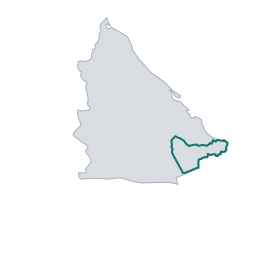 Nicaragua, with Rio San Juan highlighted, rotated 311°
{"feature_id": "NIC-4800", "entity_name": "Rio San Juan", "entity_type": "Department", "adm_level": 1, "iso_a3": "NIC", "parent_name": "Nicaragua", "parent_adm1": "", "projection": "equal_earth", "projection_center": [-84.287, 11.292], "detail": "fine", "context": "in_parent", "style": "outline", "palette": "teal", "viewbox_px": 256, "rotation_deg": 311, "n_neighbors": 0, "source": "natural_earth", "source_scale": "10m", "svg_char_len": 4772}
<svg xmlns="http://www.w3.org/2000/svg" viewBox="0 0 256 256"><g transform="rotate(311 128 128)"><path d="M197.4,39.7L196.5,41.2L195.6,42.2L193.6,47.1L193.0,47.6L192.8,43.9L191.7,43.4L190.3,44.7L189.5,46.6L190.7,49.0L191.8,49.1L193.1,49.7L196.5,66.6L195.8,69.6L193.7,74.3L191.6,78.3L189.6,80.8L187.1,91.5L184.9,108.8L186.5,124.4L185.7,138.8L186.4,142.2L186.7,146.4L185.0,147.2L184.1,147.0L183.1,144.4L183.2,142.1L184.2,139.5L184.6,135.8L184.1,133.9L183.1,138.1L181.4,139.9L180.3,140.6L179.2,142.7L180.3,146.6L181.9,149.5L182.3,151.6L181.8,154.0L181.5,162.5L180.9,162.2L180.4,161.1L178.8,161.0L178.6,164.4L178.7,166.3L177.4,167.8L176.9,169.3L178.0,170.3L179.2,170.9L180.7,170.8L182.0,174.9L182.4,178.3L179.5,181.5L178.5,184.1L176.9,187.2L176.0,190.3L175.7,192.6L176.8,199.6L178.8,204.6L180.5,207.8L182.7,208.5L182.2,211.8L180.5,213.9L177.5,215.7L174.1,216.0L168.7,214.4L166.4,214.2L165.6,213.3L165.3,211.6L163.7,209.2L160.9,205.9L159.2,206.1L156.5,205.4L152.0,203.1L150.0,202.9L147.0,204.8L143.5,207.3L135.2,203.4L129.4,200.6L124.1,198.1L122.7,197.1L121.6,197.4L120.6,198.7L119.4,201.0L119.0,201.6L118.4,202.3L117.7,202.4L117.7,201.3L115.2,196.8L111.1,191.3L95.4,174.4L89.7,164.3L86.7,157.0L83.7,153.2L75.3,145.5L73.4,142.4L65.0,132.1L58.7,126.0L58.6,123.5L61.3,120.2L62.5,120.4L63.9,122.7L66.2,125.3L67.2,125.3L68.8,124.1L68.9,122.9L77.4,122.4L79.0,121.7L80.5,119.8L81.3,117.2L81.5,114.6L81.8,112.8L83.2,111.0L85.7,110.4L87.6,110.3L88.2,109.1L87.6,105.2L86.6,95.7L86.4,93.1L86.8,91.2L87.6,90.4L91.4,90.0L98.5,90.8L99.9,90.2L102.8,84.8L105.5,80.9L107.4,79.1L108.9,78.6L110.6,82.1L116.7,87.1L117.7,86.8L118.3,86.5L118.5,85.8L118.4,83.5L119.9,81.4L123.0,79.5L126.2,76.2L129.4,71.4L132.1,68.6L134.5,67.8L135.4,66.5L134.8,64.7L135.0,62.2L135.9,59.0L137.3,57.1L139.1,56.6L139.8,55.6L139.4,54.0L139.7,52.4L141.3,49.6L145.2,47.2L147.4,48.0L149.2,51.2L151.7,53.4L155.1,54.5L157.6,54.1L159.5,52.1L161.1,51.5L162.6,52.3L163.4,51.8L163.5,50.2L164.2,49.8L165.7,50.7L166.9,50.9L168.1,50.5L168.5,49.7L168.7,48.8L169.5,48.2L172.4,48.8L175.6,47.9L179.2,45.3L181.6,44.2L182.7,44.5L184.1,43.2L185.8,40.3L189.5,39.1L197.4,39.7Z" fill="#d9dde1" stroke="#a8b0b8" stroke-width="1"/><path d="M165.7,214.1L165.5,213.8L164.9,213.1L164.8,212.9L164.7,212.8L164.6,212.5L164.7,212.2L164.9,212.1L165.3,211.8L165.2,210.8L164.7,210.2L164.1,209.8L163.8,209.4L163.5,209.1L162.0,208.4L161.7,208.0L161.6,207.7L161.2,207.0L161.1,206.7L161.0,206.2L161.0,205.8L160.9,205.4L160.6,205.2L160.4,205.5L158.7,206.9L158.4,207.1L158.1,207.0L157.8,206.8L157.5,206.6L157.2,206.3L156.5,205.2L156.4,205.0L156.2,204.9L155.9,204.8L154.4,203.9L153.7,203.6L153.0,203.6L152.5,203.5L151.3,202.4L150.7,202.1L149.8,202.4L147.5,204.4L144.3,207.2L142.5,205.9L139.9,204.7L135.7,202.6L134.2,201.8L131.5,200.4L130.2,198.9L137.6,178.8L138.2,177.5L138.3,177.4L138.4,177.2L138.9,176.9L139.5,176.3L139.8,176.1L140.0,176.0L140.3,176.1L140.9,175.8L141.1,175.7L141.3,175.4L141.4,175.1L141.7,174.8L141.7,174.7L141.8,174.5L141.9,174.3L142.0,174.2L142.1,173.7L142.5,172.8L143.9,172.4L144.6,171.7L146.7,169.3L146.8,169.1L147.1,169.0L149.4,169.0L150.0,168.9L150.4,169.0L150.5,169.0L151.0,168.9L151.2,169.0L151.3,169.0L151.7,169.1L152.9,169.2L153.5,172.1L154.0,173.2L154.2,173.5L154.4,173.7L154.5,174.0L154.4,174.5L154.5,175.6L154.8,176.6L155.1,177.9L155.1,178.3L155.1,178.7L154.8,179.7L154.3,181.7L154.2,182.5L154.2,183.0L154.4,184.6L154.6,186.2L156.6,187.2L157.5,187.9L160.0,190.0L160.4,190.6L160.6,191.2L160.6,191.7L160.7,192.2L160.9,192.9L161.2,193.2L161.5,193.5L163.0,194.5L164.2,195.7L165.1,196.8L165.3,197.3L166.0,198.7L166.1,198.9L166.2,199.0L166.3,199.0L166.6,199.1L166.7,199.3L166.8,199.3L167.0,199.4L167.2,199.5L167.3,199.5L167.7,199.5L167.9,199.5L168.0,199.5L168.7,199.8L169.1,200.0L170.1,199.8L170.3,199.8L170.3,200.1L170.3,200.3L170.4,200.5L170.7,200.9L171.0,201.3L171.3,201.4L171.6,201.2L171.8,201.1L172.0,201.0L172.2,200.8L172.3,200.8L172.6,200.7L172.7,200.8L173.0,200.9L173.3,200.9L173.5,200.8L173.6,200.7L173.8,200.6L174.1,200.6L174.3,200.5L174.7,200.2L174.8,200.3L174.8,200.5L174.8,201.2L174.8,201.4L174.8,201.6L175.0,201.9L175.1,202.0L175.2,202.3L175.2,202.6L175.2,202.8L175.4,203.1L175.5,203.2L175.8,203.1L176.0,203.1L176.4,203.1L177.6,203.4L177.8,203.5L178.0,203.7L178.5,204.7L179.0,205.7L179.8,206.8L180.3,207.4L180.6,208.2L181.1,208.1L181.0,207.7L181.5,208.5L181.6,208.8L181.5,209.3L181.8,209.5L181.8,210.4L182.1,211.9L182.0,213.0L181.0,213.8L178.9,214.4L178.8,214.5L176.7,215.5L176.1,216.5L175.1,216.4L174.9,216.5L174.5,216.9L174.2,216.9L173.9,216.9L173.7,216.7L171.8,214.8L171.7,214.1L171.3,213.8L170.9,213.9L170.6,214.4L170.0,214.2L169.3,214.8L168.9,214.4L168.7,214.4L168.3,214.7L168.0,214.5L167.4,213.8L167.0,213.9L166.8,213.8L166.5,213.8L166.1,213.8L165.7,214.1Z" fill="none" stroke="#0f766e" stroke-width="2"/></g></svg>